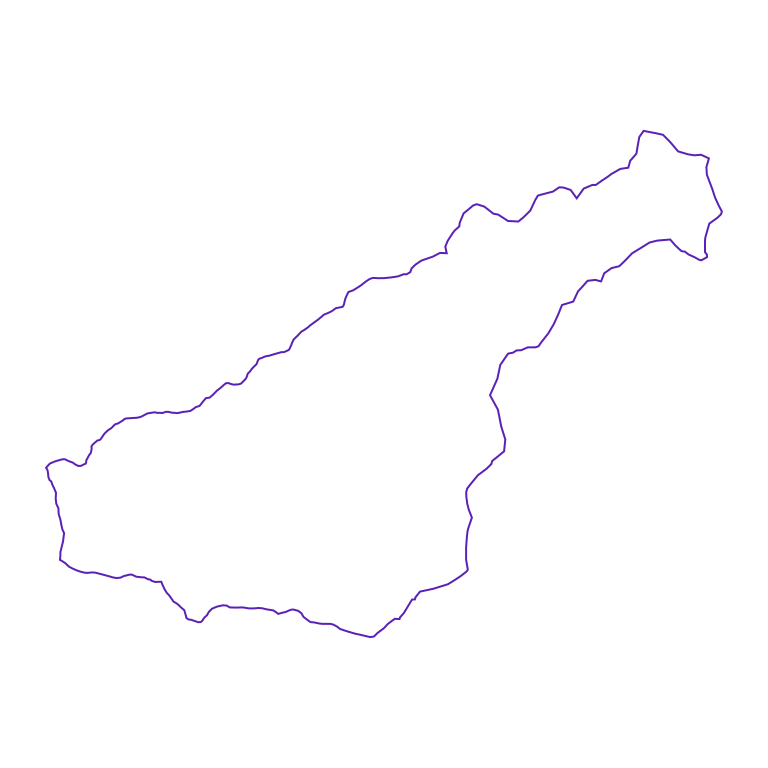 Phuentenchhu, Chirang, Bhutan
{"feature_id": "84629894B77854435497479", "entity_name": "Phuentenchhu", "entity_type": "district", "adm_level": 2, "iso_a3": "BTN", "parent_name": "Bhutan", "parent_adm1": "Chirang", "projection": "mercator", "projection_center": [90.22, 27.109], "detail": "fine", "context": "isolated", "style": "outline", "palette": "violet", "viewbox_px": 768, "rotation_deg": 0, "n_neighbors": 0, "source": "geoboundaries", "source_scale": "gbopen_adm2", "svg_char_len": 4892}
<svg xmlns="http://www.w3.org/2000/svg" viewBox="0 0 768 768"><path d="M422.1,260.3L420.4,261.2L419.4,261.9L417.7,263.1L415.8,264.4L413.9,266.1L411.6,268.4L410.3,272.1L406.6,274.3L403.7,274.2L398.3,276.3L391.3,277.4L384.4,278.1L378.3,278.2L372.9,277.9L369.6,279.0L365.9,281.5L363.3,283.5L361.2,285.2L358.0,287.3L353.0,290.4L348.4,292.0L346.5,295.9L345.4,298.5L344.7,301.1L344.0,304.2L343.4,305.7L342.5,306.9L337.8,307.8L336.0,308.1L333.8,309.7L331.2,311.5L328.0,313.0L323.9,314.7L318.6,319.2L312.3,323.8L310.0,325.5L307.9,327.4L304.0,330.1L301.4,331.6L297.5,335.8L293.7,339.4L292.1,342.7L291.5,344.5L289.1,349.7L287.2,350.7L284.1,352.1L281.6,352.1L274.4,354.1L270.0,355.5L265.3,356.4L261.4,358.1L259.3,358.7L258.0,360.2L256.7,363.8L255.5,365.2L253.3,367.3L251.8,368.9L249.8,371.7L247.8,373.6L246.7,377.0L245.6,379.0L241.0,383.6L238.4,384.4L235.6,384.5L233.8,384.7L230.6,383.9L228.7,383.1L226.0,383.2L224.0,384.8L220.4,388.0L217.0,390.6L212.8,394.9L209.5,397.7L206.0,398.1L203.2,401.3L200.4,404.9L199.4,406.0L195.8,407.1L193.6,408.8L190.2,411.0L185.4,411.7L183.0,411.9L179.2,412.8L176.5,413.1L174.3,412.8L171.9,412.7L168.7,411.9L166.1,411.8L162.4,413.0L159.7,412.8L157.2,412.9L155.7,412.4L153.7,412.4L151.8,412.7L149.9,413.0L147.7,413.4L146.6,413.8L143.2,415.7L140.2,417.1L138.5,417.4L136.7,417.8L134.3,417.9L131.3,418.1L126.7,418.4L124.8,418.8L122.8,420.5L120.6,421.8L118.0,423.5L115.8,424.0L114.1,425.2L112.4,427.1L110.8,428.5L108.6,429.8L106.1,432.0L104.2,434.0L102.5,436.5L100.8,439.0L99.7,440.0L97.4,440.5L94.8,442.7L92.8,444.5L91.4,446.6L91.7,448.2L91.3,450.8L90.7,453.2L89.4,454.7L88.3,456.6L87.5,458.2L86.3,460.3L86.1,462.5L85.7,463.6L83.2,464.7L81.2,465.8L78.4,466.0L75.2,464.4L72.8,462.6L69.5,461.4L67.1,460.4L65.4,459.4L64.1,459.2L61.9,459.4L55.3,461.3L50.0,463.5L48.4,465.1L46.1,467.8L47.5,470.1L48.1,473.6L48.4,477.2L49.6,480.1L51.3,481.5L52.1,484.1L54.0,488.0L56.0,492.8L55.9,495.1L55.7,498.4L56.3,503.8L58.4,508.2L58.7,514.1L60.3,519.2L61.4,525.0L62.3,529.2L64.1,533.1L63.0,541.6L60.4,552.1L60.4,555.3L60.0,559.9L61.2,560.5L65.2,563.1L68.9,566.6L72.7,568.6L76.7,570.4L81.2,571.9L84.8,572.7L87.4,572.9L92.3,572.4L95.5,572.7L103.6,574.8L109.9,576.5L112.8,577.4L116.2,578.0L120.4,577.7L124.0,576.0L126.2,575.5L128.6,574.8L131.5,574.5L134.8,576.0L136.2,576.7L141.7,577.3L144.4,577.4L148.2,579.3L150.1,579.5L151.8,580.9L155.3,582.0L158.0,581.8L161.3,581.8L162.5,584.8L164.5,589.1L166.8,592.9L169.3,595.5L173.6,601.7L175.5,602.7L178.2,604.6L181.3,607.7L184.3,610.2L184.9,612.4L185.9,615.7L186.4,617.9L188.3,619.4L191.4,619.8L194.3,620.9L198.3,622.2L200.5,622.1L201.9,621.2L204.5,617.5L207.0,615.2L208.9,611.8L212.0,608.7L217.0,606.6L222.9,605.3L226.7,605.6L229.7,607.4L235.8,607.6L242.7,607.4L249.0,608.4L253.6,608.4L258.5,608.0L261.8,608.2L266.4,609.3L269.0,609.7L273.3,610.4L276.2,612.3L278.2,613.9L282.4,612.7L285.3,612.1L290.7,609.8L293.3,609.5L298.1,610.8L301.3,613.1L303.5,616.9L307.7,620.1L310.5,622.1L314.0,622.4L319.3,623.5L322.8,623.9L330.5,623.9L333.1,624.5L336.9,626.5L338.5,627.7L340.1,629.0L347.1,631.3L354.8,633.6L360.9,634.9L366.3,636.2L370.2,637.1L374.0,636.5L377.5,633.0L383.9,628.2L387.8,624.0L391.6,621.1L394.8,618.8L399.5,619.1L400.0,617.4L403.8,613.1L406.6,608.5L412.0,599.6L414.9,599.4L415.5,597.3L420.0,591.6L433.2,588.8L448.0,584.2L454.8,580.0L460.8,576.0L466.7,571.4L467.8,569.6L466.1,559.6L466.1,548.2L466.6,540.5L467.0,535.8L467.5,531.4L468.2,528.5L471.9,517.6L468.9,510.0L467.3,504.0L466.4,497.3L466.2,492.4L467.1,488.7L469.8,485.1L477.8,475.3L486.6,468.7L491.3,464.1L492.2,461.0L496.8,457.3L504.1,451.3L505.3,439.4L501.3,426.8L497.9,409.6L490.0,395.2L492.3,390.1L497.4,378.6L500.3,364.9L508.1,353.6L512.9,352.7L516.7,350.4L521.2,350.2L527.9,347.3L535.4,347.3L538.5,346.3L540.8,342.9L548.2,333.5L553.7,324.3L558.1,314.7L562.0,305.0L573.2,301.6L578.0,291.4L582.9,286.1L587.6,280.8L595.2,279.9L601.1,281.4L604.2,273.3L611.5,268.1L619.3,266.2L624.7,261.0L632.1,253.3L640.6,248.1L649.6,242.5L657.3,240.6L670.2,239.5L675.2,245.3L681.4,251.1L685.0,251.7L688.4,254.4L694.5,257.2L699.6,260.0L701.3,260.3L707.0,257.2L706.9,254.6L705.0,252.1L705.0,248.4L705.0,241.2L705.3,237.6L707.0,231.6L709.3,223.6L717.6,217.6L721.0,214.3L721.9,211.5L718.6,205.3L714.9,197.2L712.5,189.6L706.9,174.8L706.4,167.2L708.9,158.4L701.2,154.8L694.1,155.3L688.0,154.3L678.1,151.4L670.5,142.4L665.6,137.4L663.0,134.8L654.7,133.0L643.6,130.9L639.3,137.0L637.4,147.5L636.4,153.7L630.2,160.8L628.3,167.7L620.3,168.9L611.5,173.9L607.8,176.7L602.5,180.2L595.7,185.0L592.4,184.9L583.7,188.6L576.7,198.3L570.7,190.0L563.8,187.6L559.3,187.3L552.9,191.6L542.1,194.4L537.9,195.6L535.2,200.1L530.3,210.6L523.6,217.2L518.4,221.5L508.0,221.0L498.2,214.6L493.4,213.7L484.3,206.6L476.8,204.2L473.1,205.5L468.0,209.8L463.6,213.4L459.7,222.8L459.3,226.4L454.8,230.4L452.6,233.2L447.6,241.0L445.3,246.7L446.7,253.2L440.0,252.9L432.7,256.7L422.1,260.3Z" fill="none" stroke="#5b21b6" stroke-width="2"/></svg>